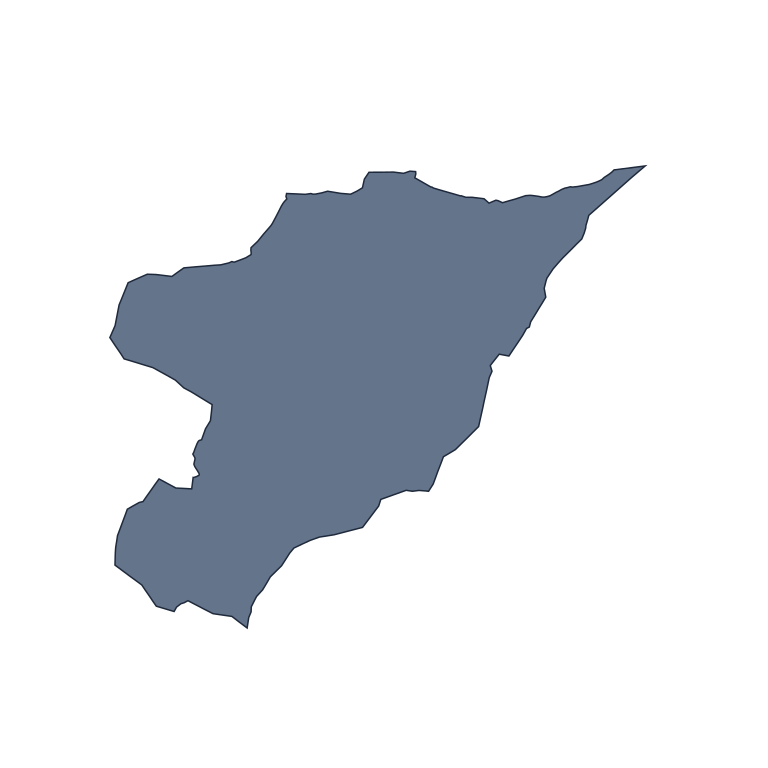 outline of San Simón de Guerrero, México, Mexico, rotated 348°
{"feature_id": "50627088B53955228547607", "entity_name": "San Simón de Guerrero", "entity_type": "district", "adm_level": 2, "iso_a3": "MEX", "parent_name": "Mexico", "parent_adm1": "México", "projection": "mercator", "projection_center": [-100.037, 18.972], "detail": "fine", "context": "isolated", "style": "filled", "palette": "slate", "viewbox_px": 768, "rotation_deg": 348, "n_neighbors": 0, "source": "geoboundaries", "source_scale": "gbopen_adm2", "svg_char_len": 3857}
<svg xmlns="http://www.w3.org/2000/svg" viewBox="0 0 768 768"><g transform="rotate(348 384 384)"><path d="M585.0,297.9L590.6,294.3L596.3,290.6L601.9,286.9L607.6,283.3L611.2,278.0L613.7,273.5L614.5,270.9L617.0,266.3L619.4,261.6L644.2,247.6L669.1,233.5L684.8,225.0L653.6,222.4L651.1,224.0L648.5,225.3L645.3,226.6L642.4,227.7L639.5,229.4L636.8,230.1L633.7,230.7L630.3,231.1L626.1,231.5L620.9,231.3L614.5,231.1L609.5,230.6L607.1,229.8L604.7,230.0L601.6,230.0L598.3,230.6L594.8,231.7L592.2,232.3L588.8,233.4L585.5,234.4L582.3,234.6L579.5,234.5L577.2,233.9L574.5,232.7L571.5,231.6L568.1,230.4L566.0,229.8L563.0,229.4L561.8,229.2L557.2,229.7L550.8,230.4L544.3,230.8L537.6,231.3L534.0,228.6L532.9,228.0L531.6,227.5L524.3,228.9L520.4,223.6L514.6,221.6L509.0,219.7L502.9,218.4L498.6,215.9L497.9,215.9L491.0,212.2L485.9,209.5L484.2,208.6L482.5,207.7L480.3,206.5L477.3,204.9L476.4,204.4L475.9,204.1L474.2,203.2L473.1,202.6L471.8,201.3L470.9,201.1L465.5,196.3L457.0,188.7L458.8,185.2L459.1,182.8L453.6,181.2L447.0,182.0L437.4,178.7L431.4,177.5L425.4,176.3L419.3,175.0L413.3,173.8L407.4,179.5L403.7,187.6L397.7,189.7L390.8,191.4L381.2,188.5L374.3,185.8L368.9,183.7L362.9,184.1L356.7,184.0L354.1,183.6L352.1,182.5L346.4,182.1L338.4,180.0L328.3,177.4L327.1,180.2L327.4,182.8L324.4,184.9L323.0,186.1L320.7,188.5L316.3,194.0L312.6,198.5L308.4,203.5L306.4,205.5L301.4,209.3L297.4,212.3L290.1,218.2L286.0,220.7L282.3,223.0L281.6,225.4L281.3,228.4L280.8,229.8L278.5,230.6L275.1,231.8L270.2,232.6L262.8,233.7L260.6,232.6L257.5,233.3L249.0,233.5L242.2,232.5L235.6,231.7L225.6,230.4L219.0,229.6L212.4,228.8L205.6,231.7L198.9,234.7L192.8,232.6L183.7,229.5L175.3,227.4L165.1,229.5L154.8,231.7L148.5,241.0L144.6,246.8L141.3,251.6L137.2,261.3L133.1,271.0L130.3,274.9L125.5,281.6L129.0,290.4L132.9,299.8L135.0,305.4L140.9,308.6L146.7,311.8L152.6,315.1L161.3,319.9L167.8,325.5L173.0,330.0L180.7,336.8L184.5,342.1L187.3,346.1L193.7,351.5L199.1,356.6L203.2,360.5L208.8,365.8L211.6,368.4L209.7,374.5L206.6,383.8L200.1,390.7L194.0,400.6L193.2,400.7L191.7,400.8L190.8,401.2L190.2,401.7L189.8,402.2L188.7,403.5L186.6,406.7L185.5,408.3L183.7,411.3L182.5,412.7L182.5,413.1L183.1,414.9L183.5,416.1L183.7,417.0L183.6,417.7L183.4,418.4L182.2,421.0L181.4,422.8L181.5,424.0L181.8,425.5L182.5,427.5L183.3,429.5L184.5,433.1L184.5,434.2L183.9,434.9L183.0,435.1L181.3,435.6L178.3,435.9L177.9,435.7L174.1,446.6L166.4,444.5L158.8,442.5L150.8,435.7L144.2,430.1L139.4,434.4L134.7,438.8L128.7,444.3L123.8,448.9L119.9,449.0L113.4,451.0L106.9,453.1L103.6,458.4L100.2,463.7L95.2,471.6L91.8,476.9L90.1,481.5L88.5,485.6L87.4,488.6L86.0,493.6L84.1,501.5L83.2,505.2L90.2,513.2L95.4,519.1L102.3,526.8L105.3,530.2L107.7,536.2L110.2,542.1L112.6,548.1L115.1,554.0L123.7,558.7L131.4,562.9L134.7,559.1L139.7,556.7L143.1,556.4L147.2,555.2L152.0,559.2L156.9,563.2L161.7,567.2L169.0,573.1L177.9,576.4L186.9,579.7L193.1,587.0L199.4,594.2L203.2,584.2L204.6,582.2L206.6,579.3L207.9,574.3L212.7,568.3L215.2,565.3L222.5,560.1L227.9,554.3L232.7,549.0L240.2,544.2L246.0,540.5L251.0,535.5L256.5,529.9L261.8,525.7L271.4,523.4L279.4,521.6L289.0,520.3L295.9,520.7L303.9,521.1L313.1,520.7L319.6,520.4L326.4,520.1L333.2,519.8L338.5,515.2L343.8,510.6L349.9,505.3L353.4,502.3L356.9,496.2L363.6,495.3L370.2,494.4L376.9,493.5L383.6,492.6L389.4,494.8L396.1,495.4L402.6,497.3L405.3,498.2L411.3,492.1L414.8,486.6L418.2,481.1L423.5,473.0L427.0,467.5L433.6,465.3L440.2,463.0L448.5,457.7L454.0,454.2L459.5,450.6L467.7,445.3L470.3,439.6L472.9,433.9L475.5,428.2L478.0,422.5L480.6,416.8L483.2,411.1L488.3,399.6L492.3,394.0L491.8,388.0L497.3,383.4L502.9,378.8L512.0,382.6L517.8,376.9L520.9,373.9L523.3,371.6L529.8,365.2L535.0,359.3L538.0,358.5L540.4,353.7L546.8,347.0L550.9,342.6L555.8,337.5L560.3,332.7L560.6,323.7L564.0,316.7L565.4,314.3L569.8,310.0L573.3,306.6L579.1,302.2L585.0,297.9Z" fill="#64748b" stroke="#1e293b" stroke-width="1.5"/></g></svg>